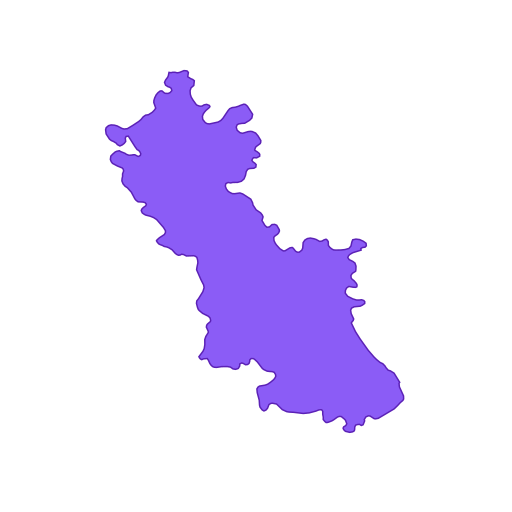 the district of Sharkawshchyna, Vitebsk, Belarus, rotated 239°
{"feature_id": "67162791B8322834804347", "entity_name": "Sharkawshchyna", "entity_type": "district", "adm_level": 2, "iso_a3": "BLR", "parent_name": "Belarus", "parent_adm1": "Vitebsk", "projection": "mercator", "projection_center": [27.573, 55.372], "detail": "fine", "context": "isolated", "style": "filled", "palette": "violet", "viewbox_px": 512, "rotation_deg": 239, "n_neighbors": 0, "source": "geoboundaries", "source_scale": "gbopen_adm2", "svg_char_len": 6109}
<svg xmlns="http://www.w3.org/2000/svg" viewBox="0 0 512 512"><g transform="rotate(239 256 256)"><path d="M73.7,314.1L84.5,314.0L88.4,312.0L90.0,310.5L93.4,309.9L95.4,309.9L98.4,309.2L100.9,307.5L105.2,306.0L108.7,305.1L117.4,303.6L131.3,302.5L139.9,302.3L149.5,303.2L150.2,304.7L150.6,306.0L151.7,307.3L157.6,307.9L160.8,309.2L162.1,311.0L161.9,314.0L159.3,319.5L159.1,321.8L159.3,324.7L160.8,325.7L162.3,325.5L164.1,324.0L165.1,321.8L166.5,319.5L169.5,316.8L174.3,313.8L178.2,313.4L180.4,314.9L181.9,317.1L182.1,319.9L179.3,323.1L177.8,325.3L177.7,326.6L179.1,327.7L180.8,327.9L184.3,327.3L186.7,326.4L188.0,326.2L190.4,327.3L191.5,329.6L191.6,333.5L192.6,334.4L195.8,336.5L199.0,337.2L201.5,336.2L204.9,334.0L207.5,333.9L208.5,335.4L209.0,337.1L209.0,339.5L208.9,341.0L206.9,349.1L208.4,349.7L208.4,351.7L207.4,354.0L207.9,355.8L210.2,356.9L213.3,355.6L216.7,353.3L219.0,350.4L220.1,347.3L218.6,345.3L215.7,342.6L214.6,339.6L215.7,335.6L217.3,332.1L220.0,327.4L221.3,325.6L223.2,324.5L225.5,323.7L227.8,323.5L231.0,325.3L232.8,325.3L234.3,324.7L234.8,322.7L234.8,320.3L235.7,318.1L239.3,316.0L241.1,314.4L243.4,311.8L244.5,309.0L244.5,306.1L243.2,303.3L238.8,300.2L237.4,298.3L237.0,295.0L238.0,293.4L239.7,292.4L243.6,291.9L244.7,291.4L245.5,289.3L245.5,283.5L246.3,282.0L249.9,280.2L255.1,279.2L257.4,279.1L260.0,279.4L262.8,280.8L263.4,282.6L263.6,285.6L264.2,287.4L265.4,289.0L266.7,289.5L271.7,289.6L273.5,288.3L274.7,285.9L274.0,282.5L275.0,280.2L277.6,279.4L283.3,279.4L285.9,282.2L287.9,282.5L290.5,282.2L295.5,279.9L301.2,279.7L303.5,280.5L307.4,280.8L316.0,276.6L318.3,274.7L320.4,269.8L321.7,267.8L323.7,266.5L325.6,265.5L328.7,265.1L331.7,265.7L333.6,267.5L333.4,269.9L331.7,271.9L331.0,274.0L328.6,278.1L327.6,282.0L328.2,285.4L330.5,288.5L333.4,291.1L334.6,293.6L334.3,295.5L332.3,299.4L332.3,301.7L334.3,303.2L336.2,302.8L338.2,301.9L340.0,301.7L340.9,302.7L341.6,304.5L339.8,307.1L339.6,310.5L341.1,311.5L342.2,311.6L344.5,310.8L347.0,309.5L347.6,309.5L349.2,311.3L349.7,312.4L350.2,317.5L350.9,318.5L352.5,319.6L358.0,319.6L361.6,319.0L364.7,316.8L365.7,315.5L366.7,313.3L368.1,307.7L369.9,305.8L373.5,304.6L376.6,305.4L378.1,307.2L378.2,309.0L376.9,312.3L375.6,314.7L375.6,320.4L376.4,323.5L379.2,326.1L388.8,325.8L391.3,325.0L392.4,323.8L393.2,319.9L393.4,318.1L394.2,314.9L395.5,312.0L395.8,309.3L395.0,306.9L391.1,298.6L390.3,295.8L390.3,292.6L393.2,284.1L394.7,282.2L396.5,281.2L400.5,280.7L403.3,282.0L404.9,283.9L405.9,286.1L406.6,288.3L407.1,291.6L407.7,293.4L409.0,293.6L411.4,291.8L412.3,289.3L412.3,287.0L413.2,285.2L414.4,284.1L416.2,282.8L422.0,282.3L425.6,282.3L428.5,283.0L431.6,284.6L433.6,286.9L434.2,290.5L438.0,293.4L439.9,292.7L441.6,291.4L444.8,289.8L448.2,292.6L450.2,292.2L452.0,289.8L452.8,284.8L453.6,282.8L455.1,281.3L456.4,279.2L456.9,277.6L458.2,276.0L455.7,273.7L454.8,272.5L453.4,269.1L451.9,267.0L449.0,266.5L446.5,267.7L445.0,269.0L443.3,269.7L441.1,269.0L440.3,266.5L440.6,264.4L442.1,262.1L442.8,261.5L446.0,260.4L446.8,258.8L446.5,256.2L445.6,253.5L443.8,250.7L441.9,248.6L440.1,247.4L434.4,246.2L433.4,244.1L432.6,241.1L432.5,236.6L433.6,233.9L433.4,231.0L432.2,227.7L431.7,224.8L431.4,217.7L431.4,211.3L432.8,208.3L434.4,206.8L439.0,204.0L441.1,202.0L443.0,199.3L443.7,196.7L443.2,193.7L441.7,192.1L437.8,190.4L431.7,190.6L429.5,191.4L427.6,192.8L424.7,194.3L422.9,194.5L420.4,196.0L420.1,198.5L420.4,201.0L421.3,203.3L424.4,204.7L425.4,206.3L424.5,208.3L411.9,208.6L408.4,208.9L406.9,209.8L405.2,210.1L403.0,209.9L401.8,208.7L401.8,206.8L402.2,206.1L405.2,204.3L406.0,202.9L406.8,200.8L407.9,198.9L409.9,197.3L411.5,196.6L415.3,193.7L416.6,193.1L417.5,190.5L417.7,188.9L417.1,185.5L416.4,183.0L413.8,180.9L411.5,180.5L409.3,180.7L404.6,183.5L400.3,186.7L398.9,186.9L397.1,186.4L395.1,183.9L392.9,182.6L391.4,181.1L389.4,179.7L386.3,179.2L383.2,179.7L380.7,180.9L374.9,182.0L367.3,181.6L365.4,181.9L363.2,182.8L360.3,187.1L358.7,188.5L356.9,188.7L355.8,187.4L355.6,184.4L355.0,182.2L354.0,181.0L351.5,180.7L349.2,181.7L347.8,182.6L344.6,185.8L341.7,188.0L338.4,189.6L328.1,191.4L324.3,191.4L322.7,190.4L321.6,188.5L321.4,182.6L320.8,179.5L320.3,178.5L318.5,178.5L316.4,178.9L315.0,179.8L313.3,181.2L311.5,182.2L309.9,184.0L308.0,185.5L304.5,187.3L300.0,188.1L298.2,188.8L296.6,189.9L295.9,191.4L295.8,193.2L294.5,194.7L291.9,196.3L288.3,202.8L287.0,203.9L285.3,204.6L282.4,203.8L280.0,202.6L276.9,199.7L274.8,198.0L264.1,196.6L258.2,196.2L255.6,195.2L252.8,192.1L249.0,184.7L248.0,182.1L246.1,180.6L242.2,179.4L239.8,179.0L238.3,179.3L234.3,180.7L228.8,184.2L226.4,184.7L224.0,183.9L223.3,183.1L222.7,179.5L222.1,178.1L220.6,176.8L216.2,176.3L215.0,175.7L212.9,171.6L210.8,169.1L206.4,166.5L203.3,163.9L201.6,161.4L199.1,155.2L198.0,155.1L196.5,155.3L195.1,156.1L194.9,158.0L193.2,161.4L191.1,161.5L187.7,161.1L185.8,161.2L183.6,161.8L182.2,162.9L180.9,164.7L178.9,169.5L176.0,174.5L173.9,176.9L171.1,178.1L169.4,180.1L168.8,182.4L168.8,183.0L170.1,185.4L171.8,186.4L171.7,188.6L170.7,189.6L168.1,191.1L167.3,193.0L167.5,194.7L168.9,196.3L170.2,197.2L170.6,199.0L169.4,200.9L168.0,201.6L164.5,202.6L156.3,203.5L154.6,204.2L151.6,206.2L149.8,208.5L148.5,210.4L146.9,211.7L144.3,211.7L142.6,210.9L141.6,209.2L140.9,207.4L140.3,203.3L140.1,199.9L140.6,197.3L142.7,192.0L142.6,190.2L141.6,188.3L138.3,186.7L130.7,184.5L126.3,182.2L124.3,181.6L120.9,182.0L119.1,183.0L118.8,185.1L119.5,187.4L122.0,190.6L122.0,192.8L121.4,194.2L118.5,197.4L110.8,199.4L106.7,202.2L105.2,204.0L102.6,207.8L96.7,215.4L94.1,220.9L92.2,227.5L91.7,230.6L90.9,232.3L90.3,233.1L88.5,233.2L86.0,231.7L83.3,230.7L81.2,229.4L78.6,229.8L77.2,230.3L76.6,231.3L76.2,232.7L75.6,236.2L75.6,238.2L76.0,243.0L75.6,244.8L74.5,246.4L70.6,247.8L69.1,248.1L65.4,247.4L64.4,245.6L64.4,243.2L63.6,242.0L62.6,241.8L60.9,241.9L59.5,242.5L56.6,245.5L55.6,248.0L55.4,249.7L56.1,250.9L58.7,252.7L59.7,254.4L59.3,256.1L58.4,258.0L56.5,259.0L56.2,260.9L58.7,264.2L60.1,264.6L61.5,267.4L61.1,270.1L60.0,271.4L55.7,273.5L54.9,274.5L53.9,277.2L53.8,295.7L54.9,300.4L56.0,304.1L56.6,307.6L57.4,308.9L60.1,310.4L69.9,311.5L73.2,313.0L73.7,314.1Z" fill="#8b5cf6" stroke="#5b21b6" stroke-width="1.5"/></g></svg>